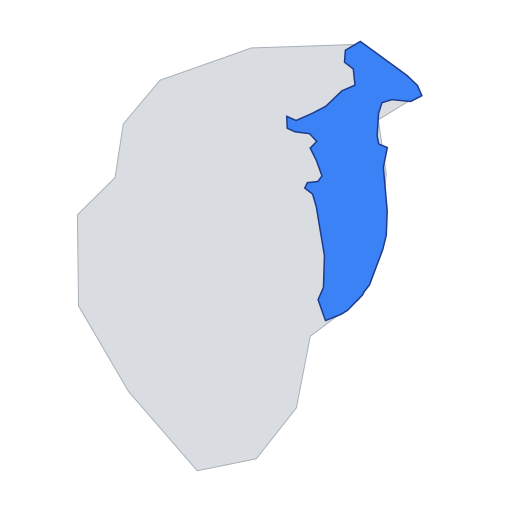 where Rivière Noire sits in Mauritius, rotated 174°
{"feature_id": "MUS-5193", "entity_name": "Rivière Noire", "entity_type": "District", "adm_level": 1, "iso_a3": "MUS", "parent_name": "Mauritius", "parent_adm1": "", "projection": "mercator", "projection_center": [57.418, -20.334], "detail": "fine", "context": "in_parent", "style": "filled", "palette": "blue", "viewbox_px": 512, "rotation_deg": 174, "n_neighbors": 0, "source": "natural_earth", "source_scale": "10m", "svg_char_len": 1065}
<svg xmlns="http://www.w3.org/2000/svg" viewBox="0 0 512 512"><g transform="rotate(174 256 256)"><path d="M333.0,440.9L238.9,463.4L133.7,455.9L92.8,413.3L84.9,395.5L120.2,378.7L117.9,324.1L135.5,237.6L158.0,202.1L210.4,170.5L231.7,100.8L276.9,54.3L336.9,48.6L396.9,134.5L437.7,224.9L429.3,315.6L387.9,348.8L374.2,401.2L333.0,440.9Z" fill="#d9dde1" stroke="#a8b0b8" stroke-width="1"/><path d="M145.6,451.3L129.8,458.5L87.0,419.8L77.6,408.7L74.3,398.1L86.1,393.5L104.5,397.3L114.7,395.3L119.2,385.1L123.0,362.8L122.2,354.6L114.1,350.1L120.1,330.7L120.8,286.9L124.3,262.9L129.3,249.1L146.2,215.4L152.4,208.9L153.9,206.4L170.4,192.6L177.5,189.1L193.6,184.5L194.8,189.2L198.8,206.1L192.2,217.7L190.5,230.1L187.9,249.2L188.5,259.4L190.2,287.0L190.8,298.0L193.2,311.6L199.0,317.1L200.4,318.5L197.2,323.6L186.8,323.6L182.0,328.7L186.0,344.9L190.8,357.7L183.6,363.6L190.0,372.1L204.4,375.5L211.6,379.8L210.8,391.7L202.0,386.6L186.0,391.7L170.8,397.7L153.3,411.3L139.7,415.6L139.7,431.8L147.7,439.5L145.6,451.3Z" fill="#3b82f6" stroke="#1e3a8a" stroke-width="1.5"/></g></svg>